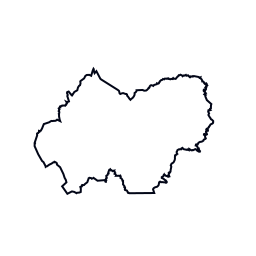 Cotija, Michoacán, Mexico, rotated 235°
{"feature_id": "50627088B95001723612139", "entity_name": "Cotija", "entity_type": "district", "adm_level": 2, "iso_a3": "MEX", "parent_name": "Mexico", "parent_adm1": "Michoacán", "projection": "albers", "projection_center": [-102.699, 19.751], "detail": "fine", "context": "isolated", "style": "outline", "palette": "ink", "viewbox_px": 256, "rotation_deg": 235, "n_neighbors": 0, "source": "geoboundaries", "source_scale": "gbopen_adm2", "svg_char_len": 5756}
<svg xmlns="http://www.w3.org/2000/svg" viewBox="0 0 256 256"><g transform="rotate(235 128 128)"><path d="M117.4,217.4L118.4,217.3L118.8,217.7L119.8,217.7L119.9,217.4L119.5,216.5L119.8,216.3L121.1,216.1L121.7,216.4L122.3,216.4L122.9,216.3L123.5,215.5L124.8,216.1L125.8,216.2L127.3,215.8L127.9,216.4L128.1,215.3L129.0,215.3L129.4,215.0L132.8,211.7L132.8,211.0L133.4,210.6L133.3,210.0L134.2,209.2L133.9,208.0L134.2,207.7L135.0,208.0L135.7,207.4L136.7,207.4L137.3,205.9L138.3,205.9L138.4,204.5L139.0,204.1L139.1,202.4L139.9,202.5L141.6,201.5L141.7,200.1L142.1,199.8L141.6,198.5L141.7,198.1L140.9,195.2L141.8,194.3L142.1,193.7L143.0,193.6L142.9,193.2L142.5,192.6L143.5,191.5L143.5,190.8L145.2,189.1L145.6,189.4L146.2,188.3L146.1,188.0L146.2,187.8L147.3,186.6L147.1,185.6L148.1,184.8L147.8,183.8L147.9,183.3L148.2,182.8L148.0,180.9L147.5,180.3L147.5,179.6L147.0,179.1L146.9,178.5L147.3,177.8L147.8,177.5L147.5,177.3L147.4,176.8L147.6,176.6L147.6,176.0L148.3,174.1L148.0,172.8L148.6,172.6L149.5,171.8L149.8,171.5L149.9,170.6L149.6,169.5L148.9,168.9L148.8,168.6L149.0,167.9L148.6,167.6L148.6,166.9L148.3,165.7L148.3,164.3L149.2,162.8L149.9,162.2L150.7,161.9L154.0,156.7L153.6,156.5L153.3,155.9L152.9,154.9L152.9,153.5L151.4,152.4L150.5,150.8L150.0,149.1L149.9,146.8L149.7,146.2L150.5,146.0L154.0,146.0L154.9,145.8L156.0,146.4L156.8,146.2L157.2,145.6L159.4,144.0L159.9,142.8L160.3,141.2L161.2,141.0L162.9,141.7L163.7,141.9L165.0,141.5L183.3,133.8L184.3,133.6L192.7,134.7L192.1,132.1L194.7,133.0L195.8,133.7L196.3,133.7L195.3,132.1L191.9,127.8L193.7,126.8L195.1,124.6L195.1,122.9L193.8,120.5L193.7,115.9L194.2,116.0L191.8,114.7L190.6,113.3L190.6,112.1L189.9,110.3L188.0,108.1L188.3,104.7L186.9,101.3L187.4,101.3L187.3,100.6L191.9,100.3L192.3,98.9L191.7,98.1L189.9,97.7L189.5,97.5L189.0,96.6L183.6,94.9L183.6,94.6L184.1,93.2L184.4,92.7L184.8,92.5L183.3,92.3L183.1,91.6L182.7,91.0L182.9,90.8L182.5,90.3L182.3,89.3L182.9,89.0L183.1,88.4L183.8,87.6L183.8,87.1L184.2,86.8L184.2,86.2L184.7,84.8L184.6,84.5L183.7,84.3L183.9,83.6L183.8,82.5L182.5,82.4L182.5,82.0L181.7,81.4L181.6,80.9L180.4,80.9L179.2,79.7L179.2,79.4L178.5,79.2L177.1,78.2L174.0,76.8L172.5,76.4L175.5,74.7L175.4,73.2L175.7,72.3L176.4,71.4L176.8,70.4L177.6,69.5L177.8,68.9L177.9,66.7L179.5,61.3L176.9,57.3L175.8,55.0L176.1,54.2L175.9,53.9L176.7,53.4L176.5,53.2L175.7,53.1L175.6,52.2L175.4,51.5L175.7,50.8L175.5,50.2L174.1,49.4L169.3,42.9L168.8,43.1L168.1,42.1L166.7,41.1L158.0,39.4L150.3,38.7L148.5,39.2L144.1,38.6L143.4,38.3L143.4,39.2L143.1,39.6L143.1,42.5L142.7,45.0L142.7,47.2L142.2,47.8L142.5,48.4L141.4,49.1L139.9,49.5L138.8,48.8L134.8,49.9L127.4,48.7L123.5,47.5L121.2,47.3L118.8,46.4L118.0,40.6L108.9,40.6L108.2,45.7L106.5,47.3L104.2,48.4L104.3,48.8L103.0,51.2L102.7,52.6L105.4,54.6L107.0,55.1L106.6,56.4L106.8,57.0L107.5,57.2L107.6,57.8L106.9,58.5L106.5,59.3L106.8,60.6L106.9,63.4L107.3,64.2L107.9,64.8L108.6,66.0L109.4,66.9L109.4,67.7L109.2,68.0L107.9,69.2L107.2,69.3L107.2,69.9L106.7,70.9L106.8,71.2L102.3,72.8L98.8,78.8L97.9,78.8L97.4,79.1L96.8,78.8L96.6,79.0L97.4,79.8L97.5,80.1L98.7,80.2L99.4,81.3L99.1,81.6L99.3,82.0L99.9,82.0L100.3,82.4L101.1,82.6L101.3,82.8L101.3,84.5L102.3,85.6L102.0,86.1L103.3,86.9L104.5,88.7L104.3,89.3L104.4,89.8L103.0,89.8L103.0,90.2L101.4,90.8L101.5,91.2L101.1,92.1L101.0,91.9L99.9,92.1L98.8,91.5L98.5,91.6L98.3,90.8L98.2,90.7L97.8,91.1L96.7,91.2L96.2,91.1L95.7,91.2L95.6,90.9L94.0,93.3L93.5,93.6L93.4,94.4L92.4,94.2L91.4,93.2L90.2,93.7L88.8,93.7L88.1,93.2L87.5,93.6L87.0,93.2L85.8,92.5L84.7,91.6L82.4,91.7L81.7,91.1L81.2,91.5L80.8,91.4L80.1,90.9L79.8,90.3L79.0,90.0L78.5,90.3L77.7,91.1L77.0,91.2L74.9,90.8L74.6,91.0L74.6,91.4L73.8,91.7L59.7,112.2L63.5,113.4L64.0,114.6L63.9,116.1L63.2,118.2L63.3,119.1L63.7,120.4L65.6,122.3L65.8,123.1L65.4,123.8L64.7,123.9L64.0,125.1L62.6,126.6L62.4,127.2L61.4,127.6L61.2,128.1L61.5,128.8L62.6,128.9L63.7,128.8L64.4,128.3L66.0,128.0L67.7,127.0L68.4,127.5L68.3,129.3L68.5,129.9L69.1,130.4L69.2,130.8L68.7,130.6L68.4,131.3L67.5,131.4L66.7,131.9L66.4,132.5L65.4,132.8L65.4,132.7L65.0,132.9L64.6,134.1L66.2,134.5L66.4,134.4L66.8,134.7L67.0,135.5L67.8,135.7L67.6,136.5L67.9,136.7L67.6,137.1L67.9,137.8L69.1,138.8L71.5,141.3L72.9,141.6L73.1,142.2L73.5,142.6L73.8,143.3L73.7,145.2L73.9,146.0L75.0,147.9L76.1,149.0L77.1,149.6L78.0,150.4L78.1,150.8L78.6,150.9L78.4,152.7L78.7,152.9L78.8,153.2L78.7,153.5L79.3,153.5L80.5,154.1L80.6,154.5L81.5,155.8L81.4,157.3L81.2,157.8L80.9,157.9L80.6,158.7L80.0,159.4L80.1,159.7L80.6,160.1L80.5,161.2L78.8,161.4L76.2,163.8L76.4,164.4L76.2,164.6L74.9,165.2L75.8,166.1L73.5,167.0L73.3,167.3L73.1,167.4L72.9,167.8L73.0,168.1L72.4,168.8L72.2,170.6L71.9,171.3L70.9,171.6L70.3,171.5L68.1,172.4L67.4,173.2L67.7,173.7L68.6,173.6L69.4,173.2L70.4,173.2L70.5,173.6L70.3,174.1L70.8,174.3L71.4,173.7L72.9,174.1L74.2,173.9L74.8,173.4L75.5,174.2L75.1,175.2L74.6,175.7L75.5,177.3L75.3,179.1L74.8,179.9L74.4,181.2L74.4,182.5L75.0,183.3L74.7,185.3L74.9,185.8L76.3,185.9L77.7,186.9L78.9,186.3L79.4,186.7L79.3,187.2L77.6,188.2L77.5,189.0L78.5,189.4L79.9,189.5L80.6,190.0L80.6,190.5L79.9,191.8L80.4,192.3L81.4,191.4L81.9,191.3L82.2,191.9L82.0,193.8L82.2,194.7L82.7,195.0L82.8,196.0L83.5,197.4L83.5,198.5L83.2,199.6L83.3,200.4L83.5,200.7L83.9,200.9L84.0,201.2L84.9,201.8L86.6,201.5L87.6,201.0L88.9,201.2L89.2,201.1L92.4,201.3L92.7,201.5L93.4,202.8L95.3,203.0L95.4,203.3L96.4,204.0L96.3,204.5L95.6,205.0L95.4,205.8L96.3,205.6L96.7,206.1L96.6,207.2L98.9,208.9L99.8,210.0L105.6,208.6L109.3,209.4L110.3,209.9L110.4,210.5L111.8,209.8L112.0,210.5L111.9,211.7L113.1,211.6L113.6,211.8L114.2,211.3L114.8,211.3L115.1,211.8L115.4,211.6L115.8,212.0L114.6,213.0L115.0,214.1L115.2,214.3L116.6,214.2L116.7,214.5L116.2,215.1L116.3,215.4L117.3,215.6L117.4,215.8L117.2,216.6L117.4,217.4Z" fill="none" stroke="#020617" stroke-width="2"/></g></svg>